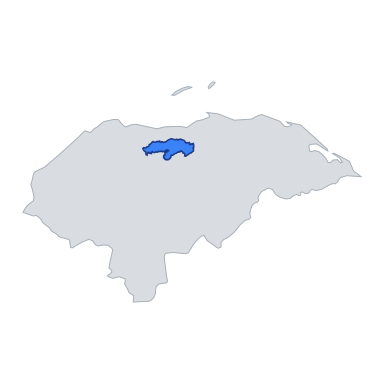 location of Olanchito, Yoro, Honduras
{"feature_id": "27666195B25086521151184", "entity_name": "Olanchito", "entity_type": "district", "adm_level": 2, "iso_a3": "HND", "parent_name": "Honduras", "parent_adm1": "Yoro", "projection": "robinson", "projection_center": [-86.665, 15.434], "detail": "fine", "context": "in_parent", "style": "filled", "palette": "blue", "viewbox_px": 384, "rotation_deg": 0, "n_neighbors": 0, "source": "geoboundaries", "source_scale": "gbopen_adm2", "svg_char_len": 7528}
<svg xmlns="http://www.w3.org/2000/svg" viewBox="0 0 384 384"><path d="M361.0,176.7L346.9,175.7L340.3,177.7L337.4,182.0L335.0,183.9L332.9,183.5L328.7,185.2L322.4,189.0L316.6,190.5L311.5,189.5L310.1,190.5L309.7,191.7L308.9,193.0L306.9,193.6L304.7,193.3L302.1,191.9L300.8,192.5L300.6,195.0L299.2,195.7L296.6,194.5L293.7,195.4L290.4,198.4L285.9,199.0L280.0,197.3L275.4,194.1L272.2,189.3L268.3,188.1L261.5,191.6L258.6,195.8L258.0,198.3L258.7,200.6L257.5,202.2L254.3,203.0L251.9,205.8L250.3,210.7L249.9,214.5L250.9,217.1L249.4,219.1L245.2,220.3L240.4,224.5L234.7,231.7L229.1,236.7L223.6,239.6L220.9,242.7L221.1,246.2L220.8,247.3L219.7,247.7L217.9,248.2L207.1,240.6L204.0,235.4L201.4,236.2L198.0,238.8L193.3,244.7L188.2,252.8L185.7,253.7L173.0,252.5L166.3,253.2L164.9,254.3L164.2,257.2L164.6,261.2L166.5,275.4L167.5,281.2L166.5,283.0L163.1,283.3L158.6,284.1L156.2,286.8L155.6,289.6L155.4,293.4L154.0,297.4L151.2,300.2L148.5,301.3L133.3,302.0L133.6,295.5L129.2,292.8L126.7,287.3L124.5,283.6L125.3,281.4L125.1,278.8L118.9,276.7L113.1,278.3L109.8,277.3L107.3,275.9L111.5,272.6L111.8,270.7L110.5,269.2L109.1,268.3L109.5,264.6L110.4,260.3L112.7,250.1L111.9,248.4L108.0,245.3L103.1,245.0L97.7,246.0L95.1,244.4L92.8,240.9L89.0,239.3L82.2,242.0L75.0,246.2L72.7,247.8L70.9,247.6L70.1,244.4L69.7,240.7L69.3,239.8L65.5,238.5L61.0,237.5L58.7,236.5L56.5,234.0L51.1,230.7L49.9,228.3L42.8,222.7L41.3,220.0L39.7,218.0L36.2,215.4L33.5,216.0L24.4,212.9L23.0,212.6L24.3,209.8L27.2,205.5L33.5,200.7L34.0,196.8L32.4,189.4L30.7,184.6L31.6,182.4L33.6,173.7L35.1,171.7L44.2,167.3L45.0,166.7L52.2,160.6L60.1,153.8L68.4,146.3L77.6,137.9L82.6,133.0L85.0,130.8L90.3,132.6L94.4,128.6L96.8,127.3L102.5,122.5L104.2,121.5L113.6,119.5L118.2,119.6L122.2,124.4L125.3,127.0L131.3,124.8L136.2,124.3L156.8,128.8L165.0,126.8L180.0,126.4L186.8,127.5L196.3,121.1L202.4,119.8L209.6,116.9L208.7,113.8L206.9,112.5L217.9,113.8L234.2,120.2L251.6,119.1L257.9,115.6L261.9,114.6L279.8,121.2L284.5,126.3L288.1,126.8L291.0,125.6L291.7,124.6L288.2,123.5L286.6,121.9L300.7,125.0L327.2,149.0L327.8,151.0L316.5,143.9L310.5,144.4L308.9,145.6L309.3,149.4L309.8,151.3L312.4,151.5L314.3,150.4L318.9,151.7L322.0,154.3L325.8,158.2L328.1,162.5L330.5,162.6L332.9,160.0L337.4,159.7L340.3,162.6L342.4,162.4L339.5,157.9L332.6,153.5L334.2,153.3L349.4,161.3L353.7,171.3L357.2,173.6L361.0,176.7ZM183.3,90.4L174.6,95.3L171.9,95.2L175.9,91.4L182.3,88.2L187.8,86.6L192.2,87.3L183.3,90.4ZM213.1,85.2L209.0,88.8L208.2,87.2L210.2,83.9L212.7,82.0L215.1,82.2L214.6,83.6L213.1,85.2Z" fill="#d9dde1" stroke="#a8b0b8" stroke-width="1"/><path d="M159.1,141.3L158.5,141.6L158.4,141.4L158.2,141.4L157.3,141.7L157.2,141.6L157.1,141.4L156.8,141.4L156.5,141.6L156.3,141.7L156.1,141.9L155.9,142.2L155.7,142.3L154.8,142.0L154.5,142.2L153.7,142.1L153.4,142.2L153.2,142.2L152.8,142.0L152.7,141.9L152.7,141.7L152.2,142.0L151.9,142.4L151.8,142.5L151.4,143.2L151.2,143.4L150.7,143.7L150.5,143.9L150.3,144.0L150.2,144.3L149.7,144.4L149.4,144.5L149.5,144.9L149.1,145.2L149.1,145.9L147.9,146.7L147.8,146.8L146.8,146.8L146.0,147.9L145.9,147.9L145.2,147.8L144.6,147.9L143.5,147.7L143.1,148.3L142.8,148.6L144.1,150.8L145.9,152.3L145.9,152.5L145.9,152.8L146.0,154.6L146.4,154.9L146.8,155.0L147.0,155.1L147.0,154.9L147.2,154.5L147.2,154.2L147.0,153.8L147.0,153.7L147.3,153.7L147.6,153.4L147.7,153.1L147.9,153.1L147.9,152.7L148.1,152.8L148.3,152.9L148.5,152.7L148.6,152.9L149.0,152.7L149.2,152.8L149.3,153.1L149.7,153.2L149.8,152.9L149.9,153.0L150.0,153.3L150.4,153.1L150.4,153.4L150.6,153.5L150.8,153.5L151.0,153.2L151.4,153.4L151.4,153.0L151.4,152.6L151.8,152.6L151.9,152.3L152.0,151.8L152.2,151.6L152.4,151.7L152.6,152.1L152.8,152.0L153.0,152.0L153.4,152.3L153.9,152.5L154.1,152.6L154.6,152.5L155.2,152.3L155.7,151.9L156.0,152.0L156.2,151.9L156.4,151.8L156.7,151.9L156.8,152.2L157.1,152.2L157.4,152.0L157.6,152.1L158.3,151.7L158.6,151.3L158.7,151.5L158.9,151.6L159.3,151.5L159.5,151.6L159.8,151.6L160.5,151.2L160.8,151.2L160.9,151.4L161.3,151.3L161.4,151.2L161.8,151.5L162.2,151.4L162.3,151.4L162.5,151.5L162.6,151.8L162.8,151.9L163.1,151.7L163.4,151.6L163.7,151.4L164.1,151.6L164.4,151.5L164.6,151.7L164.8,151.4L165.2,151.2L165.2,150.8L165.4,150.7L165.5,150.5L165.6,150.4L166.0,150.4L166.1,150.2L167.0,150.0L167.3,149.8L167.6,149.9L167.8,149.9L168.0,150.0L168.3,150.4L168.4,150.5L168.2,150.5L168.1,150.8L167.9,150.8L167.9,151.0L167.6,151.1L167.5,151.3L167.3,151.2L167.2,151.5L166.8,151.5L166.6,151.5L166.3,151.9L166.2,151.8L165.9,152.0L166.1,152.3L165.9,152.3L165.6,152.4L165.4,152.3L165.5,152.1L165.4,152.0L165.2,152.2L165.1,152.5L164.9,152.8L165.0,153.7L165.2,154.1L165.0,154.5L165.0,154.9L164.9,155.1L164.7,155.1L164.4,155.0L164.2,155.1L164.3,155.2L164.3,155.4L164.2,155.5L163.9,155.6L163.8,155.8L163.7,156.0L163.7,156.3L163.5,156.7L163.5,156.9L163.7,157.1L163.8,157.4L164.0,157.6L163.9,157.9L164.1,157.9L164.4,158.2L164.7,158.3L164.8,158.4L164.8,158.9L165.1,159.4L165.2,159.5L165.5,159.4L165.8,159.6L166.1,159.7L166.3,159.8L166.5,159.6L166.9,159.6L167.1,159.6L167.5,159.6L167.6,159.8L167.8,159.8L168.0,159.8L168.7,159.4L169.5,158.8L170.0,158.6L170.0,158.2L170.6,157.5L170.8,157.4L170.8,157.1L171.0,156.7L171.0,156.2L170.9,155.6L171.0,155.4L171.4,155.3L171.8,155.0L172.1,155.3L172.3,155.2L172.6,155.3L173.3,154.9L173.6,154.6L173.8,154.3L174.1,154.2L174.5,153.9L175.1,153.7L175.7,153.3L176.0,153.3L176.4,153.2L176.7,152.8L177.5,152.4L178.0,152.0L178.3,151.9L178.5,151.9L178.7,152.2L178.9,152.2L179.1,152.2L179.6,151.8L179.9,151.7L180.3,151.7L180.5,151.5L180.5,151.3L180.5,151.2L180.3,151.1L180.5,151.0L180.9,151.1L181.0,151.1L181.3,151.2L181.6,151.3L181.7,151.2L182.0,151.4L182.3,151.4L182.4,151.6L182.6,151.8L182.6,152.0L183.0,152.4L183.0,152.6L182.9,152.8L183.0,152.8L183.1,153.0L183.4,153.0L183.5,153.0L183.8,153.1L184.0,153.2L184.5,153.4L184.6,153.6L184.5,153.8L184.7,154.0L184.9,154.5L184.9,154.8L184.9,155.1L184.8,155.3L184.6,156.0L184.8,156.1L185.3,156.1L185.5,156.2L185.9,156.1L190.4,152.9L191.0,153.0L193.5,150.9L193.5,149.0L193.2,148.5L193.1,148.4L193.1,148.2L193.3,147.9L193.5,147.8L193.7,147.7L193.6,147.4L193.5,147.2L193.4,147.0L193.6,146.8L193.7,146.7L193.6,146.2L193.7,145.9L193.7,145.6L193.8,145.5L193.8,145.3L193.6,144.6L193.2,143.9L193.3,143.5L192.8,143.6L192.5,143.6L192.4,143.7L192.4,143.8L192.5,144.1L192.3,144.1L192.1,143.9L191.9,143.9L191.8,144.0L191.8,144.3L191.7,144.3L191.5,144.2L191.2,144.0L191.1,143.9L190.8,144.1L190.5,144.0L190.4,144.1L190.5,144.4L190.4,144.6L190.2,144.7L189.6,144.5L189.8,143.6L189.6,143.3L189.6,143.0L189.5,142.9L189.1,142.9L189.0,142.6L188.9,142.7L188.9,142.8L188.7,142.6L188.3,142.7L187.9,142.6L187.6,142.7L187.4,142.7L187.0,142.6L186.9,142.7L186.8,142.9L186.7,143.0L186.1,142.9L185.9,142.9L185.7,142.9L185.5,142.6L185.6,142.4L185.5,142.2L185.2,141.7L184.9,141.6L184.4,140.6L184.0,140.4L182.2,139.7L181.6,139.6L181.3,139.4L180.9,139.2L180.7,139.2L180.3,139.1L180.1,139.1L179.9,139.2L179.9,139.4L179.5,139.4L179.2,139.6L178.9,139.5L178.7,139.7L178.4,139.9L178.2,139.8L178.0,139.7L178.0,139.9L177.9,140.0L177.7,140.1L177.4,139.9L177.1,139.5L176.9,139.4L176.6,139.5L176.4,139.4L176.0,139.5L175.9,139.4L175.1,139.8L174.8,139.8L173.6,139.3L171.5,138.7L171.2,138.7L170.9,138.8L168.3,140.0L167.1,140.8L166.3,141.5L165.4,141.8L164.6,142.1L164.6,142.3L164.3,142.4L164.1,142.4L164.0,142.5L163.8,142.3L163.5,142.3L162.8,142.1L162.5,142.1L162.3,142.0L162.3,141.7L162.1,141.7L161.9,141.7L161.7,141.8L161.2,142.4L160.7,142.3L160.5,142.1L160.3,142.2L160.0,142.2L159.9,142.0L160.0,141.8L160.0,141.6L159.9,141.1L159.5,141.0L159.1,141.3Z" fill="#3b82f6" stroke="#1e3a8a" stroke-width="1.5"/></svg>